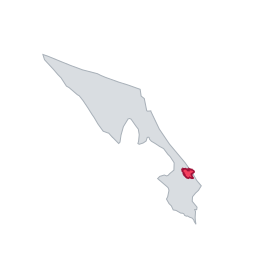 location of Haifa, Haifa, Israel, rotated 127°
{"feature_id": "584046B37321511847561", "entity_name": "Haifa", "entity_type": "district", "adm_level": 2, "iso_a3": "ISR", "parent_name": "Israel", "parent_adm1": "Haifa", "projection": "natural_earth1", "projection_center": [35.062, 32.763], "detail": "fine", "context": "in_parent", "style": "filled", "palette": "rose", "viewbox_px": 256, "rotation_deg": 127, "n_neighbors": 0, "source": "geoboundaries", "source_scale": "gbopen_adm2", "svg_char_len": 3716}
<svg xmlns="http://www.w3.org/2000/svg" viewBox="0 0 256 256"><g transform="rotate(127 128 128)"><path d="M164.0,15.8L162.8,18.8L161.7,20.4L161.4,22.9L162.1,24.8L162.5,27.6L163.3,28.3L163.7,30.1L162.9,31.9L163.3,33.3L164.2,34.6L164.9,40.0L166.2,42.6L164.1,46.5L163.7,49.7L161.6,54.5L159.1,54.9L153.4,57.6L152.6,58.4L151.6,59.9L151.4,61.1L150.6,73.9L147.5,73.5L143.7,70.7L143.0,68.3L141.8,67.5L139.1,67.2L134.0,66.0L128.0,70.2L125.5,77.1L125.0,80.4L123.0,87.2L123.7,91.5L124.0,96.9L124.5,101.4L124.0,104.0L122.9,105.5L123.2,106.5L124.2,106.9L127.5,105.7L130.9,106.9L134.2,109.2L134.5,110.7L132.2,111.6L126.6,115.0L122.7,119.1L121.7,122.8L119.1,130.8L119.4,132.4L120.7,133.4L129.7,132.5L137.9,129.3L144.1,125.9L146.0,126.1L144.7,134.9L144.8,134.9L143.7,140.3L144.1,141.2L145.5,145.9L142.9,154.4L140.0,161.4L138.9,164.7L136.1,172.0L133.1,180.6L131.6,186.4L131.9,188.5L131.2,199.3L131.6,202.4L128.2,211.7L127.5,216.3L126.1,222.6L123.7,235.8L120.5,240.2L118.9,235.3L115.2,221.2L112.6,211.5L109.0,199.5L103.0,185.0L102.4,181.5L101.1,176.4L97.0,163.2L93.6,153.7L89.8,141.6L94.6,136.7L94.7,132.7L102.9,123.5L102.8,122.5L100.6,120.1L101.0,119.7L110.0,102.4L115.9,85.2L121.4,61.4L125.3,49.3L128.6,41.3L130.1,34.7L135.4,34.2L139.3,34.9L144.1,35.1L147.9,32.6L149.7,25.2L151.9,24.0L153.0,25.7L154.1,23.8L159.1,20.5L161.5,18.4L164.0,15.8Z" fill="#d9dde1" stroke="#a8b0b8" stroke-width="1"/><path d="M127.3,59.6L127.5,59.5L127.9,59.6L128.0,59.8L128.2,60.0L128.3,60.1L128.5,60.1L128.7,59.9L128.8,59.8L128.7,59.7L128.7,59.4L128.5,59.2L128.4,59.1L128.2,58.9L127.9,58.8L127.9,58.7L128.0,58.7L128.2,58.8L128.3,58.8L128.5,59.0L128.8,59.1L129.0,59.1L129.3,58.9L129.6,58.9L129.8,58.8L129.8,58.7L129.8,58.2L129.9,57.9L130.0,57.8L130.1,57.6L130.1,57.4L130.2,57.2L130.3,57.0L130.3,56.7L130.3,56.2L130.5,56.3L130.9,56.4L131.1,56.3L131.3,56.3L131.3,56.0L131.2,55.6L131.3,55.5L131.4,55.4L131.5,55.2L131.8,55.1L131.8,54.9L131.9,54.7L131.7,54.6L131.3,54.6L131.2,54.6L131.2,54.4L131.4,54.4L131.5,54.4L131.7,54.2L131.7,53.8L131.7,53.7L131.8,53.5L132.0,53.5L132.2,53.4L132.2,53.0L132.2,52.6L132.3,52.4L132.4,52.2L132.2,51.8L132.0,51.7L132.2,51.4L132.4,51.2L132.2,50.9L132.2,50.5L132.0,50.4L131.9,49.8L131.9,49.6L131.7,49.5L131.3,49.4L131.1,49.4L131.0,49.2L130.9,49.1L130.7,49.0L130.3,49.1L130.3,48.8L130.3,48.6L130.3,48.4L130.2,48.3L130.1,48.2L130.0,47.9L130.1,47.7L130.0,47.4L129.9,47.3L129.8,47.2L129.8,46.8L129.7,46.7L129.4,46.5L129.4,46.4L129.3,46.2L129.2,46.0L129.1,45.9L128.9,45.8L128.7,45.8L128.6,46.0L128.5,46.3L128.5,46.5L128.4,46.7L128.3,46.9L128.2,47.4L128.1,47.5L128.0,48.0L127.9,48.2L127.7,48.3L127.6,48.5L127.3,48.6L127.3,48.8L127.3,49.3L127.2,49.4L127.0,49.5L126.8,49.6L126.7,49.7L126.4,49.8L126.2,49.7L126.2,49.3L126.1,49.2L125.9,49.3L125.5,49.3L125.2,49.3L125.0,49.2L124.8,49.1L124.7,48.9L124.1,48.8L123.9,48.8L123.7,48.7L123.3,48.7L123.1,49.0L122.8,49.2L122.7,49.6L122.7,50.1L122.7,50.5L122.7,51.2L122.8,51.4L122.8,51.7L123.0,51.8L123.0,52.1L122.9,52.2L123.2,52.3L123.3,52.5L123.5,52.7L123.4,52.8L123.3,53.0L123.3,53.3L123.3,53.5L123.5,53.6L123.8,53.8L123.8,54.0L123.7,54.2L123.7,54.5L123.8,54.7L123.8,54.9L124.0,54.8L124.1,54.7L124.2,54.4L124.4,54.3L124.5,54.2L124.9,54.2L125.0,54.0L125.0,53.8L125.0,53.7L125.3,53.6L125.4,54.0L125.5,54.1L125.5,54.3L125.7,54.6L125.8,54.7L126.0,54.6L126.1,54.8L126.0,55.0L125.8,55.0L125.6,55.1L125.3,55.2L125.2,55.2L125.1,55.4L125.1,55.6L125.1,55.9L125.1,56.0L125.3,56.1L125.6,56.2L125.8,56.2L125.8,56.4L125.8,56.7L125.9,56.9L125.9,57.0L125.8,57.3L125.7,57.4L125.7,57.5L125.8,57.6L125.9,57.8L126.1,57.9L126.3,57.9L126.4,58.1L126.6,58.1L126.7,58.3L126.8,58.4L126.8,58.6L127.0,58.7L127.0,58.9L127.0,59.0L127.2,59.4L127.3,59.5L127.3,59.6Z" fill="#f43f5e" stroke="#9f1239" stroke-width="1.5"/></g></svg>